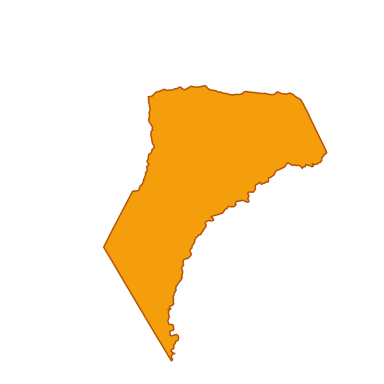 Sebastião Laranjeiras, Bahia, Brazil (orthographic projection), rotated 311°
{"feature_id": "56859067B69279711991755", "entity_name": "Sebastião Laranjeiras", "entity_type": "district", "adm_level": 2, "iso_a3": "BRA", "parent_name": "Brazil", "parent_adm1": "Bahia", "projection": "orthographic", "projection_center": [-43.114, -14.573], "detail": "fine", "context": "isolated", "style": "filled", "palette": "amber", "viewbox_px": 384, "rotation_deg": 311, "n_neighbors": 0, "source": "geoboundaries", "source_scale": "gbopen_adm2", "svg_char_len": 4650}
<svg xmlns="http://www.w3.org/2000/svg" viewBox="0 0 384 384"><g transform="rotate(311 192 192)"><path d="M271.3,122.0L269.2,121.2L267.9,120.9L266.4,120.1L264.4,119.5L263.8,118.1L263.5,116.8L263.8,115.3L263.3,114.0L262.2,113.6L260.2,112.8L258.8,111.5L257.2,110.7L255.7,109.9L254.6,108.9L253.7,107.6L252.6,106.8L252.0,105.9L251.5,104.1L250.4,103.0L248.9,102.4L247.5,101.9L245.9,100.9L244.6,99.8L243.3,99.4L241.1,99.1L239.1,99.1L237.6,98.6L236.4,97.6L235.2,96.6L234.4,97.8L233.4,98.5L232.3,99.5L231.1,100.6L230.0,102.7L229.0,103.4L228.1,104.8L226.8,106.2L224.9,107.1L223.7,107.5L222.7,108.9L221.3,110.2L219.3,111.2L217.9,112.2L216.9,113.5L216.6,114.7L216.2,115.9L215.8,117.2L215.4,118.6L214.8,119.9L213.6,120.5L212.8,121.7L211.2,121.3L210.0,122.1L208.8,122.9L207.7,123.8L207.0,124.9L205.8,126.6L204.6,128.0L203.7,129.2L202.6,130.4L202.2,132.3L201.4,133.9L199.9,134.4L198.0,134.1L196.7,134.5L196.0,135.4L194.8,135.4L193.4,135.1L191.9,134.7L190.0,136.1L188.8,136.7L187.6,137.6L186.3,137.5L185.5,138.3L184.8,139.8L184.5,141.4L182.9,141.4L181.4,141.1L180.7,142.1L179.6,143.3L178.2,144.5L176.9,144.2L175.4,144.7L174.5,145.8L173.1,146.3L171.5,147.0L169.6,147.2L168.2,148.5L166.3,149.0L165.0,149.3L163.8,149.1L162.3,149.1L161.1,149.4L159.9,150.1L158.8,150.6L157.6,150.4L156.5,149.4L155.3,148.3L153.6,146.7L111.1,156.8L92.4,161.6L91.2,165.2L87.7,176.0L84.6,185.3L84.2,186.4L77.9,205.4L63.1,250.0L51.1,287.1L52.7,287.4L54.2,284.2L56.7,283.7L58.5,284.7L58.1,281.7L58.1,280.5L59.7,279.8L61.3,280.9L62.7,280.5L64.0,278.7L66.4,278.6L67.8,278.2L68.9,277.7L70.2,278.6L71.4,278.6L73.1,277.6L73.9,276.8L74.5,275.3L74.2,273.6L72.9,273.0L72.1,272.1L70.0,271.0L69.5,269.6L70.7,268.4L71.8,266.9L73.0,267.0L75.3,268.5L76.5,268.3L78.1,266.6L79.1,265.1L78.9,264.0L77.4,262.1L77.2,260.6L78.3,259.4L79.1,258.1L83.0,256.8L83.5,255.4L84.7,254.5L85.4,253.5L87.1,252.5L87.6,251.3L88.8,252.4L90.0,252.4L89.6,251.1L90.8,250.2L93.2,251.3L94.6,251.8L95.8,251.4L96.7,249.9L98.7,248.6L99.7,247.4L101.0,246.3L102.2,245.9L103.5,245.3L107.6,244.3L108.5,242.9L111.0,241.8L112.7,241.8L114.4,241.4L118.1,241.4L121.1,240.6L121.7,239.3L124.0,238.4L125.4,237.6L126.7,236.0L127.1,234.4L128.6,233.7L130.3,233.7L131.6,233.3L132.5,231.9L134.3,230.5L135.8,230.3L137.1,230.8L139.3,232.5L143.4,232.7L144.8,232.1L145.6,230.3L146.7,228.7L148.1,228.4L149.8,228.7L150.7,227.9L151.7,227.2L153.2,227.5L154.5,227.0L155.7,226.9L157.2,225.8L160.3,224.9L162.2,225.4L163.7,225.0L164.8,226.0L166.0,226.5L167.6,225.7L169.3,226.0L171.5,225.4L174.6,225.3L176.3,224.4L177.0,222.5L178.2,222.1L179.7,222.4L180.8,222.9L182.0,224.0L183.1,225.8L184.8,226.7L185.8,225.8L185.8,222.9L187.4,223.3L190.9,225.6L192.8,227.1L194.2,227.4L195.8,228.8L197.0,228.9L198.9,228.6L200.1,228.3L203.0,229.3L204.8,228.7L207.1,232.0L208.9,233.5L211.3,233.5L212.2,231.8L214.0,231.8L215.1,232.4L216.0,233.6L217.8,234.8L218.8,235.5L219.6,237.1L220.2,239.4L220.8,240.7L221.9,241.3L223.1,239.8L223.5,238.4L225.8,237.9L226.8,236.9L227.2,235.3L228.6,234.5L231.0,236.9L232.2,238.4L235.7,238.0L237.4,236.4L239.1,235.5L240.6,236.1L243.7,236.8L243.2,238.4L243.6,239.6L244.7,239.8L246.3,241.0L247.7,241.0L248.7,242.3L249.9,242.8L250.9,242.2L251.9,241.2L253.2,240.7L255.0,241.9L259.3,242.7L260.6,242.0L262.5,241.5L264.4,242.0L265.9,243.1L272.0,245.5L274.5,245.0L277.1,245.3L277.5,248.0L278.0,250.5L279.8,251.8L280.5,253.5L282.1,254.9L282.7,256.0L282.4,257.8L282.2,259.6L284.4,259.7L285.4,260.8L287.5,259.9L288.5,262.5L289.4,263.8L289.7,265.9L290.9,266.6L292.3,264.6L293.4,266.8L295.4,268.2L297.9,268.8L299.1,269.5L301.1,269.1L302.7,267.7L304.2,267.5L305.6,267.6L307.1,267.0L308.4,267.9L310.1,267.8L311.7,264.7L324.7,234.1L328.8,225.0L330.1,221.3L330.9,219.4L331.6,217.7L331.9,216.5L332.5,215.2L332.9,213.9L332.9,212.4L332.6,211.0L332.2,209.3L331.8,206.9L332.0,204.7L331.5,202.8L330.8,200.9L329.6,200.2L328.7,199.6L327.2,198.8L326.7,197.4L325.7,196.1L324.8,194.5L324.3,192.5L323.8,191.0L322.8,190.5L321.2,190.3L319.4,190.1L318.7,189.2L317.8,188.3L316.9,187.1L316.0,185.8L315.2,184.2L314.7,182.9L313.4,181.3L312.2,180.2L311.5,179.2L310.8,177.9L309.7,176.5L308.8,175.3L307.9,173.5L306.6,172.1L305.8,170.9L305.2,169.9L304.3,168.6L303.4,166.7L301.9,165.9L300.6,165.3L299.1,165.5L297.9,164.6L296.7,163.8L295.5,162.4L294.6,161.0L293.2,160.3L292.2,159.2L291.1,157.7L290.3,156.7L289.7,155.5L289.5,154.3L288.6,153.2L288.1,152.0L287.3,151.2L286.9,150.0L286.3,148.8L285.9,147.4L284.8,146.4L284.4,145.2L284.1,143.9L283.6,142.7L282.6,141.3L281.0,138.8L280.7,137.6L280.6,136.0L280.7,134.4L281.1,132.7L280.0,131.5L278.9,130.5L277.9,130.0L276.8,129.1L275.0,127.6L273.7,126.3L272.9,124.9L272.0,123.4L271.3,122.0Z" fill="#f59e0b" stroke="#b45309" stroke-width="1.5"/></g></svg>